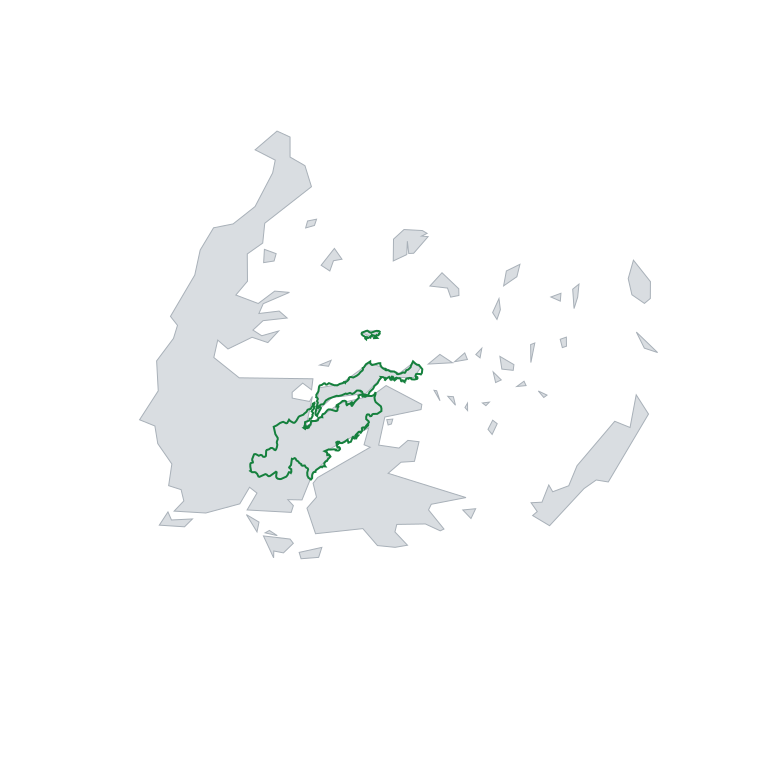 location of Stereá Elláda within Greece, rotated 305°
{"feature_id": "GRC-2989", "entity_name": "Stereá Elláda", "entity_type": "Region", "adm_level": 1, "iso_a3": "GRC", "parent_name": "Greece", "parent_adm1": "", "projection": "natural_earth1", "projection_center": [23.212, 38.602], "detail": "fine", "context": "in_parent", "style": "outline", "palette": "green", "viewbox_px": 768, "rotation_deg": 305, "n_neighbors": 0, "source": "natural_earth", "source_scale": "10m", "svg_char_len": 9866}
<svg xmlns="http://www.w3.org/2000/svg" viewBox="0 0 768 768"><g transform="rotate(305 384 384)"><path d="M501.9,144.1L529.8,151.3L532.4,165.4L516.0,176.9L517.5,194.0L504.0,211.4L447.3,194.1L429.9,203.8L412.1,197.4L389.9,213.2L371.9,211.6L377.8,234.8L397.4,241.2L404.8,254.0L380.5,239.0L370.0,241.1L383.6,256.3L382.5,266.8L366.5,248.6L353.0,245.7L353.4,256.2L367.0,267.3L351.3,265.1L346.6,249.1L323.2,236.1L324.6,222.6L308.1,229.4L306.0,261.8L347.5,322.8L337.7,328.0L338.1,316.9L324.5,313.5L319.8,316.9L322.5,323.1L327.0,333.0L332.7,332.5L304.5,344.6L343.3,359.2L367.8,381.1L383.9,386.6L389.0,426.7L384.3,429.0L357.4,403.6L330.9,414.7L340.1,433.0L351.5,435.9L356.8,445.8L338.1,453.3L329.7,442.8L313.2,438.6L338.0,516.3L312.6,491.7L306.4,492.7L299.6,516.3L296.0,514.3L293.1,498.2L276.3,475.0L269.1,477.8L265.4,495.7L256.6,486.8L247.9,471.3L253.4,449.6L222.1,413.8L238.1,392.1L252.6,393.6L262.1,382.8L269.4,383.3L324.3,409.0L322.8,402.5L339.3,396.6L296.0,375.0L290.2,380.8L270.1,376.8L242.0,383.3L234.1,371.5L232.4,379.5L225.6,381.6L202.3,344.1L221.8,342.5L222.3,333.1L203.1,334.6L176.1,312.0L159.5,285.0L173.4,287.1L181.1,278.4L177.2,265.9L196.8,256.1L205.4,232.9L218.2,220.4L214.5,204.3L248.9,203.0L272.5,184.5L300.6,185.4L313.6,181.2L316.9,170.3L364.7,166.5L388.3,156.6L414.2,154.8L428.6,168.6L455.4,176.6L493.1,171.7L505.0,166.5L501.9,144.1ZM377.8,581.2L395.8,576.9L392.5,584.0L406.6,593.7L427.8,589.0L485.8,594.4L489.5,610.5L519.8,596.8L511.1,617.9L432.4,623.9L427.1,612.9L413.0,607.8L362.9,600.9L361.5,581.2L367.4,582.7L371.1,572.6L377.8,581.2ZM343.6,333.0L358.7,348.4L392.9,360.1L401.5,390.5L417.8,395.6L418.7,404.6L406.3,404.7L388.0,378.4L365.9,374.6L343.2,349.3L321.6,344.3L343.6,333.0ZM522.0,311.8L531.7,327.4L532.1,332.9L526.7,329.9L530.0,335.6L508.1,333.3L505.1,329.4L514.4,321.2L503.1,328.4L490.1,321.0L508.1,308.7L522.0,311.8ZM606.8,553.1L599.4,551.1L599.3,535.9L610.4,523.6L628.5,517.3L620.7,543.5L606.8,553.1ZM504.9,390.6L499.5,394.6L493.4,388.8L499.0,381.0L490.6,365.4L508.4,367.7L504.9,390.6ZM190.4,372.4L203.1,396.0L201.5,401.1L188.0,398.5L184.0,389.5L178.3,393.3L190.4,372.4ZM163.6,304.5L152.6,302.5L139.5,280.9L155.3,280.4L150.7,287.9L163.6,304.5ZM466.6,265.6L462.1,278.0L456.0,271.9L445.5,274.8L445.2,264.4L466.6,265.6ZM546.8,419.4L560.0,426.7L548.1,431.3L533.0,425.7L546.8,419.4ZM428.9,220.9L421.7,223.4L414.4,215.8L425.7,208.8L428.9,220.9ZM197.4,411.1L214.5,426.8L204.5,429.9L193.3,416.3L197.4,411.1ZM474.4,479.3L469.3,482.0L463.8,472.0L473.1,463.1L474.4,479.3ZM440.3,412.8L440.7,427.9L425.7,408.8L440.3,412.8ZM571.3,560.9L566.7,590.1L562.7,576.7L571.3,560.9ZM199.2,360.8L190.0,364.8L198.1,346.2L199.2,360.8ZM334.4,530.6L323.7,532.4L326.0,520.8L334.4,530.6ZM554.8,496.4L569.9,484.2L577.7,486.4L566.3,492.8L554.8,496.4ZM501.7,439.5L504.8,432.0L519.9,429.2L511.6,436.7L501.7,439.5ZM456.5,466.5L454.6,477.7L449.2,474.6L456.5,466.5ZM455.8,432.3L451.9,438.3L442.7,429.0L455.8,432.3ZM423.9,348.7L416.4,350.1L413.2,336.6L417.6,339.3L423.9,348.7ZM480.3,234.2L474.0,236.1L466.9,230.3L473.7,227.9L480.3,234.2ZM416.7,493.8L416.4,499.5L404.7,501.5L406.5,495.2L416.7,493.8ZM504.1,484.0L485.8,492.0L500.4,481.5L504.1,484.0ZM408.7,431.0L402.4,439.5L407.5,428.6L408.7,431.0ZM469.4,443.6L460.5,447.7L460.8,442.3L469.4,443.6ZM527.0,506.5L519.6,511.8L516.1,509.2L521.7,502.7L527.0,506.5ZM559.8,476.9L553.0,480.9L551.0,470.8L559.8,476.9ZM413.4,448.1L407.6,454.7L410.5,443.3L413.4,448.1ZM198.3,374.1L198.6,383.5L193.9,372.0L198.3,374.1ZM466.6,497.1L464.2,501.3L458.1,494.2L466.6,497.1ZM373.1,327.1L366.7,328.4L362.6,320.4L373.1,327.1ZM360.3,411.3L355.5,413.0L352.8,410.9L356.4,406.7L360.3,411.3ZM416.2,463.4L410.2,467.7L411.2,463.8L416.2,463.4ZM466.8,514.4L468.4,523.9L464.6,522.6L466.8,514.4ZM429.6,480.7L424.7,479.9L424.9,475.5L429.6,480.7Z" fill="#d9dde1" stroke="#a8b0b8" stroke-width="1"/><path d="M328.7,337.8L328.1,338.4L326.5,338.4L325.3,338.9L325.7,339.9L324.9,340.0L323.7,340.7L320.2,340.4L319.7,342.5L319.3,342.8L317.8,342.9L317.1,343.8L313.8,344.2L312.9,343.0L311.3,343.8L307.5,341.2L305.1,342.7L303.5,343.0L302.8,343.8L302.0,343.3L302.0,345.2L304.7,344.8L304.7,345.2L303.6,345.9L304.1,346.8L305.2,347.1L305.9,346.2L306.2,346.2L305.9,347.2L308.1,346.9L308.6,347.2L311.4,345.8L312.1,345.8L314.6,349.4L316.3,350.6L318.5,350.1L319.2,350.3L321.0,351.7L321.4,352.5L322.5,351.4L324.1,351.1L325.8,352.3L329.8,352.6L331.3,353.1L332.3,354.5L334.1,360.0L334.8,360.8L335.9,360.9L337.8,359.7L339.3,359.7L340.0,358.8L338.5,357.9L339.5,357.4L343.3,359.1L346.3,359.8L347.7,361.4L348.0,362.4L347.8,363.2L345.6,365.0L345.1,366.6L345.7,365.8L346.4,365.7L348.3,367.4L350.6,368.1L350.6,368.6L348.2,369.0L347.6,370.0L347.9,370.4L352.7,370.3L358.4,371.3L359.8,369.8L361.1,370.5L363.1,372.5L361.5,373.4L361.5,373.9L362.8,374.4L363.0,374.8L362.7,375.8L364.4,376.7L367.1,380.8L369.3,382.2L372.5,381.8L370.7,382.9L367.5,383.9L365.6,385.7L364.4,387.6L363.9,394.3L362.4,396.0L360.3,397.4L355.7,395.6L353.4,392.5L352.6,391.9L350.5,392.0L349.7,391.2L349.9,390.3L350.4,389.4L349.9,388.2L349.0,387.6L346.9,388.2L345.0,389.6L344.6,392.9L343.8,393.7L338.7,393.3L341.2,394.1L341.3,394.6L341.0,394.7L336.2,393.8L337.4,392.9L335.9,391.3L335.1,391.2L333.3,392.9L330.7,392.9L330.7,392.4L331.8,392.4L330.3,390.7L326.2,390.1L325.1,390.3L324.5,391.4L326.1,391.2L326.8,391.6L327.2,392.4L324.5,392.1L323.7,392.4L322.9,389.0L322.5,389.0L322.1,390.0L321.8,389.0L317.8,390.0L315.5,388.5L317.5,386.1L314.2,385.0L311.6,383.6L310.4,381.7L311.0,380.5L310.1,379.0L308.8,378.4L307.7,379.7L308.7,379.8L308.8,380.4L308.2,380.8L306.9,380.3L305.4,382.2L305.4,382.6L306.5,383.2L306.5,383.6L306.0,384.0L306.2,384.6L305.5,385.3L304.0,385.2L303.1,384.6L302.0,382.5L302.7,382.2L301.9,380.6L299.2,377.3L298.7,376.2L294.9,373.9L295.3,376.6L293.3,378.3L294.0,379.1L294.5,378.7L294.7,379.4L294.6,379.9L293.7,380.7L294.1,381.2L293.8,381.8L290.4,381.2L288.2,381.4L287.2,380.6L284.8,380.5L283.2,382.0L282.8,383.2L281.6,381.2L280.3,381.0L280.4,380.2L279.6,379.6L274.8,377.8L273.7,377.7L272.7,378.3L271.4,376.9L269.7,376.9L268.0,377.5L265.7,379.1L263.9,379.0L263.6,378.5L264.0,377.4L263.8,376.0L265.0,373.8L267.4,371.9L270.6,370.8L271.1,370.0L270.9,367.8L271.8,365.8L270.2,364.0L270.1,363.0L270.9,362.2L270.7,360.0L271.4,358.2L271.2,356.2L272.1,354.4L272.1,353.4L269.9,352.1L269.8,351.5L264.3,354.3L261.3,354.1L260.9,355.0L261.0,356.9L258.9,358.5L257.7,358.7L257.8,357.8L257.2,356.7L254.1,357.2L252.1,357.1L247.2,354.2L246.4,353.3L245.5,351.3L245.5,350.3L245.9,349.2L246.8,348.4L250.1,346.7L250.1,345.8L243.3,343.4L242.4,342.6L242.2,341.6L242.5,339.8L242.1,338.5L236.5,335.2L236.2,334.2L237.7,331.5L237.7,330.5L238.0,329.6L237.6,328.6L236.1,326.6L236.1,324.3L236.9,324.6L239.6,321.9L241.7,320.4L242.7,320.2L244.5,321.6L245.4,320.8L245.8,319.9L246.9,319.1L251.8,317.9L252.7,318.6L253.1,319.7L253.4,322.6L255.2,323.7L255.6,324.7L255.1,326.6L255.5,327.6L256.4,328.3L257.4,328.5L261.7,325.8L262.7,325.8L264.6,327.3L266.5,327.9L267.4,329.0L267.6,331.0L267.2,331.9L267.5,332.9L268.4,333.1L270.5,332.6L273.0,331.5L274.5,329.8L275.6,329.2L277.7,328.7L278.9,327.8L280.6,323.8L285.7,318.2L288.4,319.8L292.4,321.2L294.4,322.5L295.2,323.2L295.7,326.4L296.6,327.1L300.3,326.7L299.9,328.4L300.2,331.6L300.6,332.6L301.5,333.1L303.7,333.3L308.0,332.9L309.1,333.2L312.7,335.6L313.7,335.6L316.8,336.5L318.9,336.2L319.8,336.6L321.5,338.2L324.8,338.0L327.0,337.0L328.7,337.8ZM419.2,394.8L418.7,398.3L418.8,400.1L419.6,401.6L418.1,406.9L414.8,408.7L413.0,408.7L412.6,407.4L411.3,405.3L410.3,404.6L408.8,405.2L407.8,406.3L408.7,406.9L408.7,407.4L407.8,408.2L407.0,408.1L405.1,406.3L403.7,404.0L403.7,403.6L404.4,403.0L403.7,401.5L403.2,401.0L402.4,401.1L402.1,399.9L401.1,399.3L399.9,399.2L399.0,399.7L398.2,399.2L397.4,399.7L397.4,399.2L397.8,399.1L397.8,397.2L397.3,396.8L396.4,397.0L396.2,396.5L397.8,394.3L397.7,393.4L396.8,392.4L396.3,390.6L394.7,389.8L393.9,390.0L394.2,390.9L393.0,390.6L393.2,389.3L395.0,387.1L394.5,386.1L394.0,386.1L393.1,387.1L392.9,387.9L392.0,387.9L392.3,386.5L391.5,386.5L392.7,384.1L390.3,383.0L387.2,382.6L389.1,381.9L389.6,381.2L389.1,380.5L389.1,379.3L388.1,377.6L388.0,378.0L384.6,377.8L380.8,378.3L376.9,377.3L374.0,377.8L369.3,376.8L365.8,377.3L365.2,376.6L363.8,373.4L363.4,373.9L362.7,373.9L365.0,370.5L364.6,369.6L364.6,369.0L365.0,369.0L365.0,368.6L363.8,366.5L363.0,365.5L359.6,364.8L357.6,363.7L357.2,361.3L354.6,359.4L354.2,358.1L350.6,355.9L348.1,353.7L347.2,352.0L340.4,347.2L337.1,345.8L332.8,346.0L331.0,344.1L327.2,343.0L326.4,343.3L326.4,343.8L328.0,344.1L328.5,344.8L328.4,345.8L327.9,346.2L320.7,347.0L319.4,347.7L319.5,346.1L319.7,345.5L321.8,344.0L330.9,340.4L331.5,338.9L333.8,338.4L334.4,337.2L334.3,336.0L335.1,335.8L336.2,334.8L340.3,334.5L344.4,332.4L345.9,332.2L347.6,333.6L350.0,334.4L350.6,335.1L350.2,336.4L350.7,337.5L353.1,338.4L354.5,344.1L356.2,346.6L358.7,347.7L361.1,349.8L362.6,350.1L362.6,351.5L363.4,351.1L364.1,351.8L366.5,352.5L367.1,352.1L367.7,352.5L368.8,351.8L369.9,352.0L370.8,352.9L371.7,355.1L375.1,356.9L377.6,357.7L380.3,357.9L382.7,358.6L383.8,358.5L384.8,357.4L386.0,358.0L389.8,357.9L394.5,359.8L392.9,361.0L392.6,362.9L392.9,363.6L398.0,367.8L398.9,369.0L397.5,370.1L396.4,372.4L396.2,374.9L397.3,376.4L397.3,376.8L396.3,377.2L396.4,377.8L397.7,379.3L398.0,382.2L400.1,385.3L400.1,387.2L400.4,387.7L399.7,389.0L400.1,389.9L402.4,391.9L404.4,392.9L405.0,394.5L405.4,394.8L408.1,394.4L409.7,395.6L413.0,396.2L414.1,395.7L419.2,394.8ZM423.3,347.5L424.4,349.3L424.4,350.5L423.7,350.6L423.0,351.5L422.6,351.6L422.1,351.1L421.2,351.5L420.5,351.3L419.8,349.9L418.7,350.2L418.0,350.9L417.8,352.0L415.9,349.6L418.2,348.7L417.3,346.1L416.6,346.7L416.3,346.7L416.1,345.9L415.6,345.7L414.3,346.2L414.3,345.4L413.0,344.9L412.8,343.8L412.4,344.3L411.4,343.3L410.4,343.8L410.5,342.5L411.9,341.5L411.6,339.4L411.8,337.5L412.3,336.8L413.5,336.5L417.4,339.1L418.2,339.9L418.1,342.4L418.5,344.0L422.1,346.4L423.3,347.5Z" fill="none" stroke="#15803d" stroke-width="2"/></g></svg>